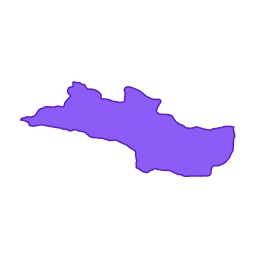 the district of X-1 Right Bank Essequibo, Upper Demerara-Berbice, Guyana, rotated 280°
{"feature_id": "73187651B95579298937311", "entity_name": "X-1 Right Bank Essequibo", "entity_type": "district", "adm_level": 2, "iso_a3": "GUY", "parent_name": "Guyana", "parent_adm1": "Upper Demerara-Berbice", "projection": "robinson", "projection_center": [-58.454, 5.555], "detail": "fine", "context": "isolated", "style": "filled", "palette": "violet", "viewbox_px": 256, "rotation_deg": 280, "n_neighbors": 0, "source": "geoboundaries", "source_scale": "gbopen_adm2", "svg_char_len": 5810}
<svg xmlns="http://www.w3.org/2000/svg" viewBox="0 0 256 256"><g transform="rotate(280 128 128)"><path d="M113.6,30.3L113.5,30.6L113.4,32.0L113.3,33.3L113.3,34.4L113.8,35.9L114.5,37.5L114.8,38.7L115.2,39.5L115.7,40.7L116.0,41.7L116.2,44.4L116.1,46.0L116.0,47.3L116.1,48.7L116.1,50.0L116.1,51.3L116.2,52.7L116.1,54.1L116.0,55.7L116.0,56.8L116.0,58.0L116.2,59.4L116.3,60.5L116.1,61.8L115.7,63.2L115.7,64.2L115.7,65.5L115.8,66.4L116.1,67.4L116.0,68.3L115.5,69.2L115.2,70.8L115.2,72.4L115.8,73.4L116.5,74.4L117.0,75.4L117.2,76.7L117.1,77.7L116.8,78.8L116.6,79.9L116.5,80.9L116.6,82.2L116.7,83.5L116.4,85.0L116.3,86.0L116.0,87.0L115.4,87.9L114.9,88.6L114.2,89.8L113.6,90.8L113.0,92.0L112.6,93.3L112.5,94.4L112.5,95.4L112.8,96.7L112.9,97.8L113.0,100.3L113.1,101.5L113.2,102.7L113.5,104.1L113.3,105.4L113.1,106.8L113.1,108.0L113.2,109.0L112.5,109.8L112.6,110.9L112.5,112.4L112.9,113.7L113.1,114.7L113.4,115.7L113.7,116.8L113.9,117.8L113.9,118.9L113.6,119.9L113.1,121.4L112.8,122.7L112.4,123.8L112.1,124.7L111.7,126.1L111.7,127.1L111.3,128.5L110.9,129.8L110.4,130.9L109.9,131.7L109.3,132.5L108.7,133.9L108.3,135.1L108.1,136.0L107.7,137.0L107.2,137.7L106.7,138.6L106.1,139.4L105.2,139.9L104.3,139.9L103.3,140.1L102.5,140.3L101.6,140.6L100.7,140.9L99.5,141.3L98.5,141.8L97.5,142.3L96.6,142.4L95.8,142.0L94.9,142.1L93.9,142.4L92.8,142.5L91.8,142.8L90.5,143.0L90.1,144.0L89.8,145.2L89.4,146.3L88.9,147.3L88.4,148.2L88.0,149.2L87.6,150.6L87.3,151.5L87.4,152.7L87.4,154.0L87.6,155.0L88.4,155.9L89.6,156.8L90.2,157.9L90.6,158.9L91.3,159.7L92.2,160.7L92.9,161.7L92.8,162.7L92.2,163.5L92.6,164.9L92.5,165.8L92.5,166.8L92.4,168.3L92.5,169.8L92.7,171.3L92.7,172.5L93.1,173.8L93.3,174.9L93.3,176.1L93.2,177.0L93.2,178.4L92.8,179.3L92.2,180.1L92.0,181.3L91.7,182.8L91.2,184.0L91.0,185.2L91.1,187.1L91.2,188.1L91.0,189.3L90.6,190.5L90.4,191.9L90.4,193.1L90.6,194.2L90.8,195.4L91.3,196.7L91.7,198.2L91.9,199.9L92.2,201.5L92.6,203.1L92.7,204.7L93.0,205.8L93.2,206.8L93.3,207.8L93.4,208.8L93.8,210.0L94.1,211.2L94.3,212.4L94.4,213.8L94.7,214.7L95.1,215.9L95.9,216.8L97.2,217.4L98.3,217.5L99.3,217.4L100.3,217.1L101.2,217.2L102.1,217.3L103.3,217.4L104.4,217.9L105.2,218.3L105.7,219.0L106.0,220.1L106.1,221.2L106.2,222.5L106.6,223.6L107.2,224.7L108.0,226.0L108.6,226.9L109.2,227.6L110.4,229.1L111.3,230.0L112.2,230.5L113.1,231.1L114.2,231.7L115.3,232.3L116.2,232.9L117.2,233.3L118.4,233.5L119.3,233.7L120.1,233.9L121.0,234.2L122.1,234.5L122.8,234.9L123.7,235.1L124.8,235.2L125.7,235.2L126.9,234.8L128.1,234.8L129.2,234.9L130.1,234.8L131.0,234.6L132.0,234.3L132.9,234.2L133.9,234.2L134.9,234.0L135.9,234.0L136.9,234.3L137.8,234.6L138.9,234.4L140.0,234.1L140.8,233.8L142.0,233.2L143.1,232.8L144.0,232.3L145.0,232.2L145.9,231.9L147.3,232.0L147.2,230.7L147.4,229.6L147.4,228.3L147.0,227.2L146.9,226.0L146.8,224.6L146.4,223.4L146.0,222.3L145.5,221.4L145.0,220.7L144.5,219.5L144.2,218.5L143.9,217.4L143.4,216.4L143.0,215.4L142.7,214.3L142.2,212.9L141.7,211.5L141.1,210.7L140.5,209.8L140.1,208.6L140.0,207.6L140.1,205.8L140.1,204.5L140.1,202.9L140.2,201.8L140.4,200.7L140.6,199.1L140.8,197.9L141.0,196.7L141.0,195.6L140.7,194.5L140.2,193.5L139.7,192.6L139.2,191.6L138.8,190.6L138.6,189.1L138.4,187.8L138.3,186.8L138.2,185.7L138.4,184.7L139.0,183.7L139.8,182.4L140.1,181.3L140.4,179.8L140.6,178.7L141.1,177.5L141.4,176.2L141.9,175.2L142.7,174.0L143.6,172.9L144.5,171.8L145.3,171.3L146.0,170.7L147.0,169.9L147.7,168.7L148.1,167.2L148.2,165.5L148.0,164.0L147.9,162.5L147.7,161.0L147.4,159.5L147.2,158.3L147.2,157.3L147.3,156.2L147.7,155.2L148.3,154.2L148.9,153.6L149.9,153.0L150.7,153.0L151.8,153.2L152.9,153.3L154.0,153.6L155.1,154.0L156.4,154.5L157.5,154.9L158.6,155.5L159.5,155.8L160.4,155.6L161.2,155.0L161.6,153.9L161.5,152.8L161.3,151.9L161.0,150.5L160.9,149.1L160.7,148.0L160.8,147.0L161.0,145.7L161.3,144.8L161.5,143.8L161.8,142.9L162.2,141.3L162.5,140.4L163.0,139.2L163.7,138.4L164.5,137.0L165.2,135.7L166.0,134.5L166.6,133.1L167.0,131.6L167.3,130.6L167.5,129.3L167.8,127.7L168.2,126.2L168.4,124.8L168.5,123.6L168.7,122.6L168.6,121.2L168.4,120.1L168.0,119.3L167.4,118.6L166.4,117.9L165.4,117.8L164.3,117.9L163.3,118.3L162.2,119.2L161.3,119.7L160.3,119.3L159.4,119.4L158.5,119.5L157.6,119.6L156.8,119.4L155.8,119.6L155.0,120.1L154.0,119.9L153.2,119.4L152.5,118.5L152.1,117.2L151.9,115.9L151.8,114.9L151.6,113.9L151.8,112.7L152.0,111.6L151.7,110.4L151.6,109.3L151.8,108.3L152.0,106.9L152.3,105.8L152.5,104.6L152.6,103.6L152.6,102.5L152.6,101.0L152.5,100.0L152.3,98.6L152.2,97.3L152.5,96.5L153.7,96.0L154.7,96.0L155.8,95.8L157.0,94.8L157.6,94.0L158.1,93.1L158.7,92.1L159.2,90.9L159.6,89.8L159.7,88.6L159.9,87.0L160.0,86.0L159.9,85.0L159.6,83.6L159.4,82.4L159.6,81.2L160.2,80.3L161.0,79.4L161.9,78.7L162.7,78.1L163.3,77.2L163.0,76.4L163.1,75.2L163.4,74.2L163.8,73.3L164.2,72.5L164.1,71.4L163.9,70.3L163.7,69.3L163.8,68.2L164.2,67.1L163.7,66.2L162.9,65.8L162.0,66.3L161.0,66.3L160.1,66.6L159.3,66.7L158.9,66.4L158.9,66.0L158.3,64.3L157.9,63.4L157.1,62.6L156.2,62.3L155.4,62.2L154.4,62.1L153.4,62.1L152.6,62.6L151.9,63.0L151.2,63.8L150.5,64.9L149.8,65.8L148.9,65.8L148.1,65.3L147.5,64.6L146.2,64.1L145.4,63.5L144.7,62.9L143.9,62.4L143.1,62.1L142.2,61.6L141.1,61.4L140.1,61.3L139.0,61.1L138.1,61.2L137.4,60.5L137.2,59.5L137.4,58.2L137.5,57.0L137.5,56.0L137.3,54.9L137.0,54.0L136.4,52.9L135.8,51.7L135.5,50.5L135.4,49.4L135.3,48.2L135.1,47.1L135.0,45.9L135.0,44.6L134.5,43.3L134.0,42.1L133.3,41.4L132.6,40.5L132.2,39.5L131.4,38.0L130.6,37.4L129.7,36.7L128.9,36.3L128.1,36.1L127.2,35.7L126.2,35.4L125.1,34.9L124.1,34.0L123.2,33.2L122.7,32.3L122.4,31.4L122.0,30.4L121.7,29.1L121.6,27.7L121.4,26.4L120.8,25.4L120.2,24.6L119.7,23.5L119.6,22.5L119.0,21.9L118.2,21.2L117.4,20.8L117.2,21.4L117.4,23.8L117.3,24.6L117.1,25.8L116.2,28.4L116.3,28.8L115.8,29.1L114.4,30.3L113.9,30.3L113.6,30.3Z" fill="#8b5cf6" stroke="#5b21b6" stroke-width="1.5"/></g></svg>